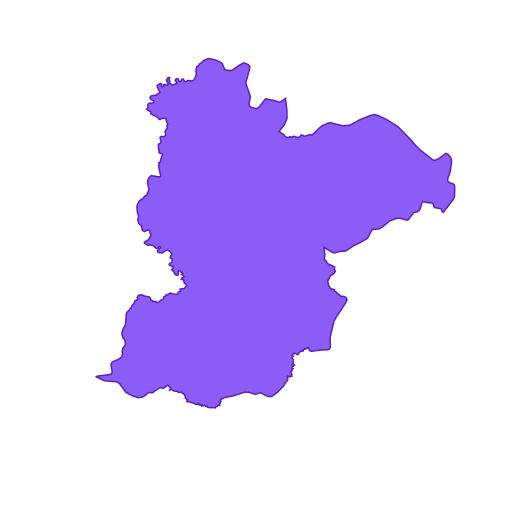 outline of Mae Lao, Chiang Rai, Thailand, rotated 113°
{"feature_id": "78962969B15222639850860", "entity_name": "Mae Lao", "entity_type": "district", "adm_level": 2, "iso_a3": "THA", "parent_name": "Thailand", "parent_adm1": "Chiang Rai", "projection": "albers", "projection_center": [99.739, 19.779], "detail": "fine", "context": "isolated", "style": "filled", "palette": "violet", "viewbox_px": 512, "rotation_deg": 113, "n_neighbors": 0, "source": "geoboundaries", "source_scale": "gbopen_adm2", "svg_char_len": 6130}
<svg xmlns="http://www.w3.org/2000/svg" viewBox="0 0 512 512"><g transform="rotate(113 256 256)"><path d="M429.6,355.9L430.1,347.0L426.1,334.5L426.9,331.6L432.3,322.6L433.0,314.8L432.4,309.0L430.5,305.7L428.2,303.8L423.7,301.6L422.3,297.8L416.0,294.0L414.3,292.2L414.2,289.8L410.0,287.1L409.4,286.2L410.3,284.9L410.4,283.6L411.4,283.0L413.1,283.0L411.8,281.5L412.4,278.6L411.4,275.1L411.9,273.9L410.3,270.9L411.0,270.2L411.6,267.4L414.5,265.3L415.4,262.9L416.7,263.0L417.1,262.5L416.4,260.8L415.8,255.7L416.1,255.1L415.7,253.9L416.1,253.3L415.5,252.1L414.3,251.6L415.2,250.7L414.4,249.9L415.0,249.5L414.6,248.9L415.0,248.3L414.4,247.6L415.1,247.2L414.4,246.8L414.5,245.8L413.7,245.2L413.9,242.8L413.3,242.5L414.1,241.6L413.7,239.1L412.7,237.3L411.7,234.1L410.4,234.0L409.5,232.9L408.1,232.6L407.8,231.0L406.6,231.7L403.7,231.4L403.1,232.6L401.4,231.7L400.7,231.9L397.7,228.5L394.4,223.2L385.8,213.3L384.3,209.6L383.6,202.4L380.1,198.5L380.6,190.7L379.9,187.8L378.9,186.5L372.8,182.9L365.0,179.9L361.4,179.5L358.1,178.4L356.7,178.7L355.1,179.9L354.2,179.8L354.1,177.4L353.3,177.1L352.5,176.0L350.6,177.1L349.2,178.8L347.6,178.0L346.7,178.4L345.4,177.9L345.6,178.9L344.4,179.5L343.2,178.7L342.6,179.4L342.5,178.6L341.9,178.9L341.3,178.1L340.9,179.6L336.7,181.5L335.1,183.4L334.4,183.4L333.9,182.6L333.1,183.6L330.9,183.6L330.9,182.4L330.1,181.2L330.7,180.1L330.4,179.0L326.3,177.9L325.9,176.7L324.9,176.3L325.1,175.6L322.9,175.6L322.7,174.4L321.8,174.4L321.4,173.0L320.6,173.2L320.0,172.6L320.2,171.4L321.2,170.8L322.2,169.2L322.0,167.6L317.1,159.4L314.3,153.2L312.8,152.0L311.3,151.8L301.8,156.0L285.9,158.7L281.0,158.3L264.3,155.2L260.5,155.2L260.4,155.8L259.2,156.3L258.8,158.8L259.9,162.5L258.8,164.8L258.9,166.3L257.8,168.0L257.6,170.4L256.5,170.6L256.8,171.7L256.4,172.1L257.1,174.4L254.2,178.1L250.4,180.5L249.8,180.0L245.2,179.7L242.1,177.6L239.1,176.9L237.3,178.9L235.5,179.2L235.0,183.4L235.6,185.3L235.0,186.2L234.8,187.5L232.8,190.1L232.7,191.7L227.9,193.1L221.5,196.9L222.7,188.2L222.7,185.3L218.5,179.9L216.9,176.2L215.7,174.9L209.1,170.7L203.1,165.5L196.8,160.7L194.7,160.1L186.4,159.5L182.5,152.7L179.6,150.8L171.5,146.7L166.3,141.2L165.0,138.2L164.1,131.2L163.3,130.0L154.6,127.9L152.0,124.6L149.9,123.4L147.8,123.3L143.5,124.1L140.7,123.6L139.9,119.2L138.3,113.9L141.7,110.8L140.3,104.2L140.6,103.3L142.5,102.0L142.6,100.6L127.2,96.6L123.7,96.5L115.6,99.7L113.2,101.1L112.6,102.6L112.8,107.3L112.4,108.6L111.9,108.9L109.4,109.8L102.9,110.1L93.0,112.7L90.6,114.0L88.9,115.9L87.3,119.3L87.3,121.3L94.9,125.8L97.7,128.3L98.6,130.3L94.4,145.8L92.5,151.0L88.2,159.8L81.5,175.8L79.4,188.7L79.0,197.9L79.3,201.3L79.8,202.7L82.2,205.9L89.7,213.4L97.9,219.9L99.5,221.7L102.3,227.4L104.3,239.6L105.2,241.3L109.9,245.7L112.2,247.1L122.5,251.6L123.5,254.1L127.0,258.4L126.6,260.4L127.2,261.9L129.2,262.1L130.0,262.8L130.3,264.0L130.9,264.5L130.7,267.3L132.8,270.0L133.1,271.5L134.5,273.0L134.8,274.4L134.7,276.4L133.6,277.0L132.4,283.5L124.6,281.2L117.6,281.1L109.8,284.5L99.5,290.4L105.2,294.0L106.0,301.7L106.8,304.3L107.2,307.7L107.8,308.7L118.0,311.4L120.1,313.0L120.9,317.0L120.6,320.7L118.8,321.9L111.6,323.3L101.2,332.7L100.2,333.1L86.3,335.0L83.8,335.9L82.9,338.0L82.8,341.9L83.3,343.1L87.6,346.4L93.9,350.2L95.0,351.5L96.5,355.3L96.4,357.8L92.2,362.1L91.6,363.6L91.4,369.4L92.2,374.8L93.1,377.4L96.6,380.7L98.4,381.1L101.1,383.0L103.7,383.3L104.7,384.5L107.6,384.2L112.6,381.8L117.1,381.7L118.9,382.3L120.1,383.9L120.8,386.9L123.2,389.2L122.7,390.9L121.6,391.9L122.0,393.3L124.2,393.3L125.2,394.6L124.8,395.7L123.4,396.4L123.7,398.4L125.0,399.1L126.1,398.9L127.3,396.5L127.9,396.3L131.3,399.6L130.8,403.1L129.0,403.4L127.5,405.0L125.6,405.1L125.7,406.0L126.5,406.8L129.2,407.2L131.8,404.1L133.3,403.9L133.9,407.6L134.5,407.9L136.2,407.5L136.9,408.5L136.4,409.5L134.6,410.0L134.5,411.5L137.5,413.6L138.9,413.0L143.0,408.3L147.1,411.1L149.2,414.6L150.7,415.5L151.5,415.5L152.4,414.8L153.0,413.4L153.2,410.6L154.5,409.9L155.4,410.3L156.7,413.4L157.9,414.6L159.0,414.7L161.5,413.4L163.4,414.1L164.0,413.1L164.2,409.3L166.3,408.2L166.8,400.9L168.1,398.4L167.8,397.4L166.0,396.5L164.6,392.6L166.6,391.4L169.1,388.9L171.1,388.8L172.6,387.7L176.9,388.4L180.2,386.2L182.0,387.2L182.8,389.6L183.6,390.5L184.7,390.5L188.3,387.8L189.6,388.1L190.9,389.3L192.2,389.3L198.9,385.4L198.6,382.7L198.9,381.8L204.5,381.4L206.6,380.8L208.3,381.9L212.6,380.0L219.6,375.0L220.6,375.5L221.2,376.8L223.0,383.9L226.5,385.2L229.0,385.1L231.0,384.4L236.4,380.6L241.2,380.3L242.6,380.4L244.5,381.8L247.3,382.6L250.8,384.9L255.2,385.3L257.4,384.8L261.8,382.5L265.7,379.4L268.8,379.1L271.9,376.5L273.2,372.9L275.8,371.5L277.0,370.1L277.0,368.1L274.3,365.8L273.9,364.2L274.3,363.4L276.4,362.6L277.3,360.7L282.6,361.3L284.4,362.2L286.2,363.9L287.0,364.1L287.8,363.6L288.4,360.0L286.8,356.7L286.7,354.1L287.8,351.8L287.8,350.3L287.2,349.6L284.9,348.7L284.8,347.9L285.6,347.1L289.4,348.9L290.8,347.8L290.9,346.9L289.8,343.4L285.0,340.3L285.4,336.7L287.1,334.2L290.7,334.6L291.3,334.0L291.3,332.3L294.0,331.0L295.7,331.4L296.6,332.7L298.0,332.6L298.3,328.0L299.5,327.5L301.5,328.3L302.8,325.4L304.8,322.9L304.7,320.9L303.5,320.2L300.6,321.6L299.6,321.2L299.4,320.2L300.2,319.0L299.9,317.3L300.4,317.0L302.1,317.5L302.3,315.3L303.3,314.2L304.4,314.4L305.1,315.8L306.6,315.7L306.8,315.1L306.2,313.2L306.8,312.6L308.1,312.3L309.1,311.1L309.3,309.2L310.3,308.2L314.1,309.4L315.2,311.7L316.3,313.0L317.7,311.6L319.9,313.5L321.2,313.2L322.3,314.0L323.5,317.8L323.4,319.8L324.0,320.9L326.4,322.1L326.4,323.5L328.3,323.7L329.4,324.9L330.6,324.4L332.2,324.7L333.7,326.2L337.2,327.9L337.4,329.1L336.8,330.5L338.2,332.7L338.2,333.2L337.5,333.8L337.9,335.5L336.4,336.3L335.3,338.7L336.3,341.8L336.3,346.1L338.2,348.9L340.4,349.2L341.9,348.2L342.7,348.2L344.5,349.9L347.6,349.8L349.8,350.7L352.3,350.6L353.4,351.4L355.5,351.5L357.8,352.7L359.9,352.8L369.8,349.4L375.2,349.8L379.1,349.4L381.2,348.3L383.2,346.6L384.7,343.9L387.9,341.8L389.7,341.7L392.8,342.5L396.2,342.0L397.6,340.9L401.3,340.1L404.4,341.9L408.8,346.0L410.5,347.1L412.7,347.1L419.2,342.9L421.2,343.2L422.0,343.9L428.7,355.3L429.6,355.9Z" fill="#8b5cf6" stroke="#5b21b6" stroke-width="1.5"/></g></svg>